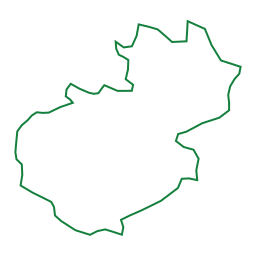 outline of Santiago
{"feature_id": "DOM-1390", "entity_name": "Santiago", "entity_type": "Province", "adm_level": 1, "iso_a3": "DOM", "parent_name": "Dominican Republic", "parent_adm1": "", "projection": "mercator", "projection_center": [-70.906, 19.338], "detail": "fine", "context": "isolated", "style": "outline", "palette": "green", "viewbox_px": 256, "rotation_deg": 0, "n_neighbors": 0, "source": "natural_earth", "source_scale": "10m", "svg_char_len": 1100}
<svg xmlns="http://www.w3.org/2000/svg" viewBox="0 0 256 256"><path d="M240.6,66.8L239.3,73.7L234.5,79.1L230.1,86.5L228.2,95.0L229.1,102.7L229.1,110.3L224.1,114.1L219.3,117.7L202.3,123.2L186.1,131.8L178.2,134.0L175.9,141.0L183.7,147.0L193.5,149.7L198.6,158.7L196.3,170.3L197.2,180.1L188.8,178.4L181.8,178.8L177.9,188.0L161.0,200.8L141.0,210.6L130.4,215.2L121.0,219.8L123.3,227.1L121.9,234.7L113.6,232.0L105.2,229.4L97.4,231.1L90.0,234.8L75.4,230.2L61.1,221.0L55.0,215.5L54.0,207.0L51.2,201.9L45.9,199.2L32.7,192.7L20.6,185.5L22.3,174.8L21.8,164.4L16.5,159.3L15.4,152.2L16.3,141.6L17.3,131.3L21.9,125.1L27.7,120.2L31.7,115.6L36.7,112.3L42.7,112.9L48.8,112.6L60.5,107.0L72.8,102.8L70.0,99.4L65.8,96.4L66.5,89.6L70.7,83.8L79.7,88.8L89.1,92.8L93.8,93.8L98.4,93.2L101.5,88.8L104.3,85.2L117.6,90.9L131.8,90.8L133.1,84.8L125.7,79.2L128.0,69.4L128.3,60.0L123.5,57.0L118.8,54.7L116.2,48.6L115.7,41.7L123.7,47.4L131.9,46.3L136.6,35.9L138.7,24.4L148.8,26.8L157.7,29.4L164.9,35.6L172.1,42.0L186.5,41.3L187.7,21.2L204.9,28.9L211.6,45.2L221.0,60.5L240.6,66.8Z" fill="none" stroke="#15803d" stroke-width="2"/></svg>